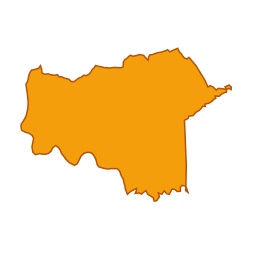 Quarto Centenário, Paraná, Brazil (Mercator projection), rotated 355°
{"feature_id": "56859067B6755584061341", "entity_name": "Quarto Centenário", "entity_type": "district", "adm_level": 2, "iso_a3": "BRA", "parent_name": "Brazil", "parent_adm1": "Paraná", "projection": "mercator", "projection_center": [-53.154, -24.316], "detail": "fine", "context": "isolated", "style": "filled", "palette": "amber", "viewbox_px": 256, "rotation_deg": 355, "n_neighbors": 0, "source": "geoboundaries", "source_scale": "gbopen_adm2", "svg_char_len": 2380}
<svg xmlns="http://www.w3.org/2000/svg" viewBox="0 0 256 256"><g transform="rotate(355 128 128)"><path d="M33.6,146.5L37.4,145.8L41.1,146.7L43.8,146.9L46.5,146.4L49.4,144.3L51.3,141.1L54.2,139.2L56.7,141.0L58.6,144.2L59.6,147.7L61.5,150.4L63.2,153.5L66.7,157.6L71.4,160.5L74.3,159.3L78.7,152.0L81.7,149.5L85.0,148.7L87.7,148.9L90.0,150.2L91.4,152.0L93.1,156.0L93.7,158.7L94.1,161.6L95.7,164.3L99.7,165.8L102.0,166.6L104.8,167.1L108.3,167.0L113.8,167.6L115.9,170.1L117.1,174.9L118.7,178.1L119.3,182.3L119.9,185.6L119.9,188.1L121.6,194.0L124.8,191.6L128.1,190.2L131.1,188.9L130.8,191.4L129.5,193.8L133.2,193.6L135.6,195.1L138.1,193.3L140.4,192.0L141.9,195.8L145.0,198.0L147.2,200.0L147.6,203.0L150.1,203.0L153.3,199.3L152.6,195.3L155.9,197.0L158.6,193.8L160.8,196.8L163.3,197.7L164.8,195.5L166.4,192.8L169.2,193.2L171.5,195.6L174.8,195.4L175.0,191.8L176.7,189.9L180.6,191.0L182.8,170.3L184.8,128.3L184.9,125.2L188.6,123.8L189.7,121.6L194.0,121.3L196.6,118.6L200.5,116.6L202.8,114.8L204.2,112.8L206.9,113.3L206.6,110.9L210.3,110.5L213.6,109.0L216.0,106.8L218.1,106.1L217.5,103.7L221.5,104.4L224.4,102.3L226.8,101.2L229.2,100.9L229.5,98.1L224.1,96.8L221.5,96.4L219.2,97.8L216.3,94.5L213.5,93.0L211.2,94.1L208.7,86.9L207.4,84.3L204.3,78.2L201.1,71.7L194.9,63.0L192.7,64.3L190.5,63.4L188.7,61.0L187.7,58.8L185.7,56.5L184.5,53.0L180.7,54.1L176.3,55.8L174.3,53.5L172.1,54.3L168.0,55.3L163.9,55.6L160.5,56.5L158.4,57.0L156.0,57.1L154.7,59.2L153.9,62.2L152.0,59.9L149.9,57.0L146.1,55.8L143.2,56.4L139.3,57.0L136.8,55.7L134.8,56.9L132.9,58.6L130.3,60.0L128.9,62.6L128.5,66.7L125.9,67.4L122.3,66.8L119.1,66.4L115.3,66.7L112.3,66.1L109.4,65.7L106.6,64.7L103.4,63.8L101.2,62.9L99.8,64.8L97.4,66.6L95.7,69.2L94.0,70.9L91.5,72.1L88.3,71.6L85.9,73.3L83.0,74.1L80.6,75.7L78.0,77.2L75.2,76.5L73.5,74.3L70.6,73.3L68.5,72.6L66.4,71.1L63.6,70.9L62.4,68.7L59.3,69.1L56.3,68.3L53.0,67.1L49.6,67.2L47.2,65.8L47.0,61.8L46.2,58.3L44.0,60.9L39.9,61.6L37.0,61.9L35.4,63.8L33.8,66.9L32.2,72.6L30.1,75.6L30.7,85.0L30.8,93.5L30.5,95.9L30.0,99.4L28.9,103.1L27.9,106.1L26.2,109.4L24.5,111.7L22.0,114.8L21.5,117.6L21.8,120.8L24.6,122.9L28.9,124.6L32.0,127.1L33.1,130.2L31.7,134.7L30.7,138.4L30.8,140.9L31.2,144.1L33.6,146.5ZM229.5,98.1L232.1,97.5L234.0,98.8L234.5,96.3L232.4,94.0L228.3,95.4L229.5,98.1ZM180.6,191.0L179.9,195.4L182.1,197.3L180.6,191.0Z" fill="#f59e0b" stroke="#b45309" stroke-width="1.5"/></g></svg>